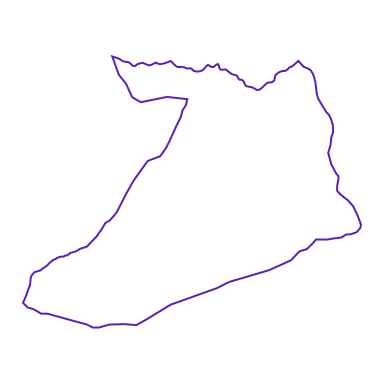 Bapisa, Wangdi Phodrang, Bhutan (Mercator projection)
{"feature_id": "84629894B48304633314853", "entity_name": "Bapisa", "entity_type": "district", "adm_level": 2, "iso_a3": "BTN", "parent_name": "Bhutan", "parent_adm1": "Wangdi Phodrang", "projection": "mercator", "projection_center": [89.856, 27.504], "detail": "fine", "context": "isolated", "style": "outline", "palette": "violet", "viewbox_px": 384, "rotation_deg": 0, "n_neighbors": 0, "source": "geoboundaries", "source_scale": "gbopen_adm2", "svg_char_len": 2386}
<svg xmlns="http://www.w3.org/2000/svg" viewBox="0 0 384 384"><path d="M184.0,67.2L180.7,67.0L177.6,67.0L176.0,66.1L173.2,63.6L170.9,61.0L166.0,62.8L162.2,63.9L160.0,64.2L157.5,63.5L155.7,62.6L151.4,64.8L148.9,65.4L142.8,62.9L140.4,63.2L137.7,64.1L134.7,66.1L132.5,65.7L130.4,63.4L128.1,62.1L124.0,61.6L121.7,60.5L119.7,59.1L118.1,58.4L115.9,57.6L112.3,56.5L118.8,74.7L126.0,83.7L132.2,97.2L140.7,102.2L167.2,96.9L187.3,99.2L186.1,104.6L182.5,110.5L180.8,117.0L176.1,126.5L170.2,139.6L166.1,147.9L160.2,156.2L147.8,160.9L141.3,169.8L133.7,180.5L126.6,193.0L116.7,212.3L113.8,215.9L110.0,220.2L105.3,223.1L101.9,228.9L96.3,236.8L86.9,246.6L80.1,248.8L77.4,250.6L75.2,251.6L73.6,252.0L70.9,252.9L69.3,253.6L67.3,255.4L65.3,255.4L63.9,256.5L59.9,256.8L57.7,257.7L55.6,259.0L53.2,259.9L49.3,263.1L47.5,265.1L44.8,267.2L42.0,268.9L40.5,270.4L37.4,271.3L34.4,272.2L32.3,274.7L31.2,276.4L30.5,279.4L30.3,282.6L29.8,285.7L27.7,290.9L26.0,296.0L23.0,302.8L27.7,307.5L33.4,309.1L41.2,313.7L47.5,313.7L70.9,320.2L86.5,324.4L92.7,327.5L98.9,327.5L109.3,324.6L123.9,324.1L136.3,325.1L145.7,319.9L170.6,304.7L172.5,304.0L199.4,294.4L216.8,288.2L224.1,284.5L229.3,281.9L269.3,270.1L291.1,260.2L299.4,251.3L306.7,249.2L312.9,243.2L316.0,239.5L321.2,239.5L327.2,239.5L332.4,238.7L337.3,237.9L339.7,237.7L342.0,237.1L346.2,234.5L350.1,234.3L352.7,233.6L356.5,232.3L358.6,229.9L360.2,228.1L361.0,224.7L358.7,218.4L356.5,213.1L353.8,207.7L352.9,205.9L348.3,200.7L344.1,197.4L340.6,194.6L337.1,190.7L337.1,186.2L338.5,178.7L338.5,176.2L336.2,173.5L331.3,164.4L328.2,152.9L330.6,144.7L331.2,137.7L333.1,132.3L332.9,125.7L332.0,122.1L330.6,117.9L328.4,114.2L326.7,112.6L323.5,107.5L320.4,102.5L318.0,98.1L317.0,94.6L316.2,89.2L315.4,82.3L314.3,77.7L312.8,73.7L310.5,70.0L307.3,68.2L303.9,66.9L299.7,62.5L298.4,60.9L294.5,64.4L292.5,66.1L289.3,67.5L287.7,69.3L285.4,70.8L281.7,71.2L279.4,72.1L276.9,73.8L275.3,75.5L274.8,77.7L274.2,80.5L272.1,82.2L268.2,82.6L266.6,83.3L262.4,87.4L259.8,89.5L257.2,90.1L253.5,88.0L251.4,87.2L246.7,86.3L245.2,85.1L243.7,81.4L241.6,79.7L239.8,79.8L238.6,78.8L236.8,75.5L232.5,74.4L230.0,72.9L226.2,69.7L224.5,69.4L223.0,69.7L220.6,69.7L219.3,67.8L219.1,65.8L217.8,64.0L216.0,64.9L213.6,67.0L211.4,67.0L208.0,64.8L206.0,66.5L204.0,69.0L202.4,70.3L200.4,71.2L196.7,71.6L193.4,70.7L191.5,68.6L189.9,68.3L186.6,68.5L184.0,67.2Z" fill="none" stroke="#5b21b6" stroke-width="2"/></svg>